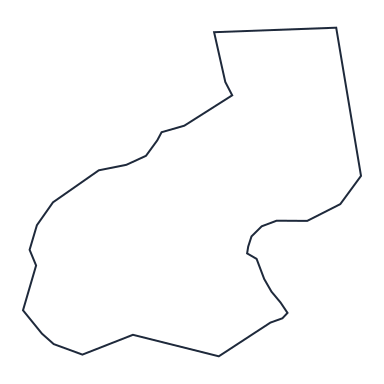 SVG path tracing the border of Medvode
{"feature_id": "SVN-967", "entity_name": "Medvode", "entity_type": "Municipality", "adm_level": 1, "iso_a3": "SVN", "parent_name": "Slovenia", "parent_adm1": "", "projection": "natural_earth1", "projection_center": [14.398, 46.138], "detail": "fine", "context": "isolated", "style": "outline", "palette": "slate", "viewbox_px": 384, "rotation_deg": 0, "n_neighbors": 0, "source": "natural_earth", "source_scale": "10m", "svg_char_len": 546}
<svg xmlns="http://www.w3.org/2000/svg" viewBox="0 0 384 384"><path d="M184.3,125.7L232.2,95.3L225.3,82.0L214.1,32.2L336.2,27.7L361.0,175.9L340.3,204.1L307.2,220.9L276.6,220.7L261.7,226.3L251.5,236.4L248.2,246.6L247.1,253.4L256.6,258.9L264.2,279.0L271.5,291.7L280.6,302.6L287.5,312.9L282.4,318.3L270.4,322.6L218.8,356.3L132.9,334.8L82.4,354.6L53.7,344.1L41.9,333.6L23.0,310.3L36.1,265.5L29.6,249.8L36.9,225.2L53.0,202.3L98.8,170.3L126.4,164.8L146.0,155.8L157.3,140.3L161.6,132.2L184.3,125.7Z" fill="none" stroke="#1e293b" stroke-width="2"/></svg>